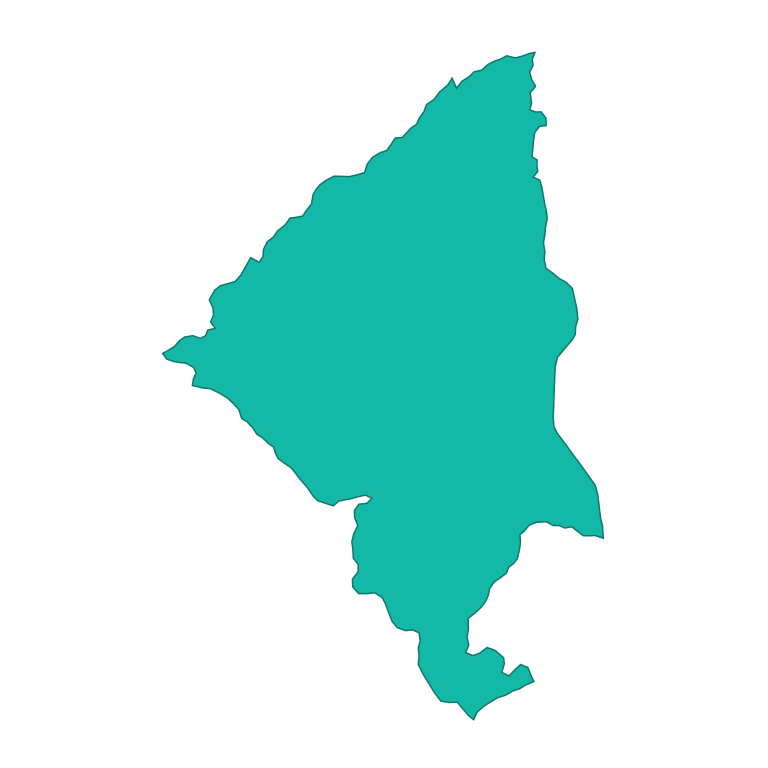 outline of São Bernardo do Campo, São Paulo, Brazil, rotated 181°
{"feature_id": "56859067B73038458371081", "entity_name": "São Bernardo do Campo", "entity_type": "district", "adm_level": 2, "iso_a3": "BRA", "parent_name": "Brazil", "parent_adm1": "São Paulo", "projection": "mercator", "projection_center": [-46.552, -23.804], "detail": "fine", "context": "isolated", "style": "filled", "palette": "teal", "viewbox_px": 768, "rotation_deg": 181, "n_neighbors": 0, "source": "geoboundaries", "source_scale": "gbopen_adm2", "svg_char_len": 3281}
<svg xmlns="http://www.w3.org/2000/svg" viewBox="0 0 768 768"><g transform="rotate(181 384 384)"><path d="M605.9,410.7L601.7,405.2L595.0,402.9L589.3,402.0L582.2,401.3L574.6,397.2L572.0,391.8L574.6,385.9L575.6,379.1L565.8,377.0L557.3,376.2L547.8,371.7L540.4,367.3L534.2,361.8L528.7,355.9L525.7,347.0L520.4,344.0L514.8,338.2L510.1,331.4L504.7,328.3L498.9,322.8L493.2,318.9L491.3,312.8L488.6,307.7L482.7,303.4L475.3,298.5L470.3,292.5L466.5,287.6L458.5,278.7L452.9,270.6L448.2,266.2L442.0,264.2L432.6,261.3L427.2,266.1L421.7,267.4L416.1,268.4L409.9,270.3L400.7,272.6L394.0,269.6L398.8,264.5L407.0,263.3L411.4,257.1L411.0,250.0L407.8,242.0L411.7,233.3L413.4,225.9L412.2,217.5L411.6,209.1L406.7,203.3L406.7,195.7L412.2,188.2L411.7,180.5L405.8,174.1L398.1,174.0L389.6,175.0L382.2,170.5L379.0,165.0L375.4,155.7L371.7,146.7L366.6,140.7L358.1,137.8L351.0,138.6L344.6,135.8L343.3,128.0L345.1,120.6L344.2,112.9L344.8,104.2L339.7,94.3L333.3,84.4L328.3,76.3L321.5,67.9L313.0,66.7L305.3,67.2L299.7,60.8L293.5,53.8L288.5,49.9L285.0,57.7L279.1,63.1L274.6,66.3L269.9,69.2L265.0,72.3L257.0,75.0L249.6,79.5L243.4,81.5L237.6,85.2L229.0,89.1L232.3,95.9L235.2,103.0L242.6,105.9L247.9,100.7L254.0,94.3L261.3,97.8L258.8,106.2L259.6,112.3L268.4,119.7L276.4,122.3L283.8,116.5L290.3,114.0L297.6,116.8L294.7,124.5L296.5,131.9L295.3,141.2L295.7,151.2L288.9,156.7L282.3,163.1L278.4,168.9L276.1,174.4L274.9,181.2L270.2,188.2L262.8,193.4L258.2,197.2L256.2,203.0L251.1,206.9L247.6,211.7L245.7,220.7L244.7,228.4L245.5,235.8L241.0,239.5L236.6,245.2L229.5,248.4L219.3,249.1L212.4,245.5L206.3,245.5L200.7,243.2L193.7,244.5L188.0,240.1L182.1,235.8L176.0,235.8L170.4,236.2L162.1,233.6L163.1,246.5L165.0,252.9L168.3,276.7L171.0,286.4L176.5,293.8L188.5,310.0L192.1,314.5L197.1,321.1L201.5,327.0L209.8,337.6L213.3,344.3L214.3,353.7L214.0,362.0L213.7,381.1L213.3,398.0L213.1,404.6L211.0,413.8L203.9,422.6L196.2,431.9L193.6,437.1L193.4,444.2L191.3,452.5L192.7,463.5L197.4,482.9L203.7,488.9L210.7,492.5L216.3,497.1L224.0,502.5L226.0,511.1L225.5,518.9L227.0,528.2L225.7,536.6L225.2,544.0L223.7,552.4L224.6,559.6L226.3,566.2L227.6,572.8L229.5,583.1L231.7,590.5L238.5,593.4L234.0,599.1L234.9,604.9L234.9,610.8L239.9,613.6L239.3,622.4L238.7,630.4L237.6,638.2L232.9,644.4L226.3,645.2L226.7,652.6L231.6,658.8L237.0,658.6L243.1,660.7L241.4,667.1L242.8,677.9L237.6,684.3L241.7,691.0L243.8,698.5L240.5,705.2L241.4,711.1L238.9,718.1L244.3,717.1L249.8,714.8L258.2,712.3L267.1,714.3L272.6,711.1L279.0,708.8L285.3,705.5L292.0,699.4L299.4,697.7L304.4,692.6L311.3,688.1L316.6,681.0L321.3,691.0L325.3,684.2L333.3,677.1L339.2,669.1L346.3,664.2L348.9,656.8L353.3,650.8L355.9,644.2L361.6,640.3L370.1,630.7L376.9,630.2L381.3,623.4L385.4,617.5L391.6,615.3L399.2,610.7L404.4,603.9L407.2,595.0L415.5,592.4L422.6,590.7L430.6,590.9L437.6,590.9L445.5,586.6L451.8,581.8L455.4,577.2L458.2,572.1L459.7,562.7L464.8,555.9L468.2,550.5L474.1,549.2L480.8,548.3L485.5,541.5L493.2,535.1L497.1,529.0L503.3,524.1L506.9,516.3L507.1,509.5L510.9,503.5L519.5,508.0L524.8,498.1L528.7,490.9L534.5,483.9L541.9,481.6L549.3,479.4L554.9,474.8L560.2,465.1L556.3,457.0L555.7,449.6L558.5,443.0L553.7,436.7L561.3,434.8L563.0,429.3L568.4,426.4L576.1,429.0L584.3,427.4L589.0,423.9L594.3,417.7L599.7,414.2L605.9,410.7Z" fill="#14b8a6" stroke="#0f766e" stroke-width="1.5"/></g></svg>